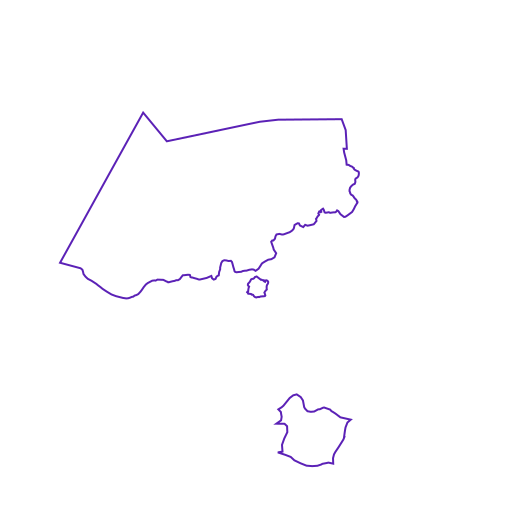 Kota Sibolga, Sumatera Utara, Indonesia, rotated 299°
{"feature_id": "22746128B47009036461165", "entity_name": "Kota Sibolga", "entity_type": "district", "adm_level": 2, "iso_a3": "IDN", "parent_name": "Indonesia", "parent_adm1": "Sumatera Utara", "projection": "mercator", "projection_center": [98.783, 1.731], "detail": "fine", "context": "isolated", "style": "outline", "palette": "violet", "viewbox_px": 512, "rotation_deg": 299, "n_neighbors": 0, "source": "geoboundaries", "source_scale": "gbopen_adm2", "svg_char_len": 4773}
<svg xmlns="http://www.w3.org/2000/svg" viewBox="0 0 512 512"><g transform="rotate(299 256 256)"><path d="M336.0,316.4L341.1,318.7L344.0,318.8L344.7,318.8L346.2,318.7L347.8,318.6L349.0,318.7L350.0,318.7L351.5,318.9L352.0,318.8L352.3,318.1L352.7,318.2L353.9,316.1L354.1,315.0L354.6,313.8L354.7,313.3L355.3,312.6L355.4,312.0L355.8,311.3L355.8,310.8L355.7,309.7L356.0,309.0L356.1,308.8L356.4,308.1L357.2,307.5L358.1,306.3L359.4,305.7L359.6,305.6L360.2,305.5L361.2,305.2L361.9,305.3L362.5,305.3L363.7,305.6L364.8,306.0L366.0,306.5L366.5,307.1L367.1,307.4L369.0,307.0L370.3,306.1L371.0,305.7L372.0,305.6L373.8,306.6L375.0,306.8L375.3,306.8L376.6,306.6L378.2,305.9L378.8,305.5L379.4,304.9L379.5,304.3L379.3,302.7L379.3,300.9L379.4,300.1L379.8,299.3L380.3,299.0L380.2,298.6L380.7,297.1L380.6,295.8L380.4,294.8L380.5,294.2L380.6,292.8L380.0,291.6L379.8,291.0L383.6,288.4L384.1,287.9L384.5,287.5L389.3,282.9L392.3,280.6L393.8,283.5L409.6,273.4L417.2,264.6L405.0,243.0L385.9,209.2L375.3,194.3L367.3,185.0L357.0,173.1L313.1,122.4L326.7,87.8L310.5,87.8L255.8,87.8L190.9,87.9L176.2,87.9L164.2,87.9L155.1,87.9L160.2,108.4L160.1,109.6L159.7,111.0L158.3,112.4L156.6,113.9L155.3,116.8L154.5,119.9L154.6,124.2L154.4,127.0L154.2,129.9L153.8,131.9L153.4,135.0L152.9,137.6L152.7,140.0L152.5,142.7L152.3,148.2L153.0,153.0L154.8,159.9L156.0,163.1L157.0,164.6L158.3,165.9L160.0,167.2L161.0,168.4L162.5,169.0L163.8,170.3L165.6,171.5L168.9,172.3L171.1,172.6L174.5,172.9L177.7,173.5L179.8,174.4L184.1,177.2L185.4,179.0L185.8,180.1L187.6,181.3L189.0,184.1L190.2,186.5L190.3,189.2L190.3,190.2L190.6,191.3L190.4,191.8L190.8,192.5L192.0,193.7L193.5,195.3L194.8,196.9L196.2,198.0L197.0,199.5L198.9,200.6L201.1,200.9L203.6,201.3L204.6,202.8L206.2,205.0L207.1,206.5L207.3,207.5L205.8,208.9L205.9,209.9L206.3,210.6L206.7,212.6L207.4,215.4L207.7,217.3L208.2,218.3L212.9,223.5L215.5,225.5L216.9,226.6L215.2,228.4L214.9,230.5L216.3,231.7L218.8,231.5L219.9,232.0L221.0,232.8L224.2,231.5L227.0,231.1L228.6,230.2L230.9,229.6L233.0,229.0L235.3,229.1L236.9,230.3L237.7,232.1L238.3,234.4L239.6,236.4L239.1,237.9L237.4,239.6L235.4,241.5L233.8,243.2L232.3,244.6L232.0,245.4L232.3,246.8L233.6,248.6L235.0,250.7L236.4,251.7L237.6,253.2L238.6,254.8L240.7,256.8L242.4,259.0L243.0,260.6L242.8,262.8L244.0,263.4L246.1,264.4L248.6,264.6L252.2,264.8L252.8,265.0L255.7,266.6L258.7,268.5L260.7,271.0L263.8,272.8L268.2,272.3L270.2,268.4L271.6,267.1L272.5,266.1L273.1,265.4L275.8,262.4L277.5,262.7L278.0,263.7L280.3,264.2L282.7,263.5L284.8,263.5L286.7,265.8L287.4,268.4L288.3,269.7L291.2,272.2L291.9,272.8L293.1,273.9L295.4,275.1L297.5,275.7L298.9,275.6L300.5,275.1L301.8,274.7L303.2,275.5L304.9,276.6L305.3,277.8L304.0,279.6L304.2,283.3L307.1,283.9L307.5,286.4L309.4,288.6L311.7,291.1L312.9,291.4L313.2,291.4L316.0,291.9L317.0,291.1L317.5,290.5L318.9,290.7L320.5,290.7L322.1,291.2L322.7,291.2L323.4,289.9L325.6,289.7L326.0,290.1L325.7,291.4L326.3,291.7L327.0,290.6L327.6,290.6L328.4,291.0L329.2,291.3L329.9,291.7L329.3,292.8L327.4,294.9L327.6,296.0L329.6,298.5L329.7,299.9L331.6,302.4L332.7,304.2L333.8,304.7L335.2,304.8L335.2,306.2L333.5,309.6L332.8,314.1L333.7,315.2L336.0,316.4ZM152.2,356.1L148.1,354.3L138.4,352.6L136.2,351.8L132.7,349.9L131.6,353.4L130.1,354.5L127.8,356.4L124.4,357.6L119.2,355.1L123.1,362.3L122.2,365.7L117.1,368.8L110.1,369.2L103.4,370.3L97.8,374.0L94.8,370.3L96.3,378.1L97.1,383.8L95.9,388.6L96.3,395.4L97.1,401.8L99.5,407.1L102.3,411.4L105.2,414.1L106.4,414.8L109.3,418.3L110.4,419.5L111.8,424.2L116.5,421.4L120.3,420.4L123.1,420.4L128.8,420.9L137.8,421.4L141.6,420.9L140.6,420.7L146.3,418.5L149.5,417.4L154.7,416.7L158.8,418.2L157.2,412.8L155.8,408.0L156.7,401.8L156.9,398.7L156.9,397.2L157.6,395.3L156.5,389.0L155.8,388.2L152.9,386.1L152.0,384.7L148.2,382.3L146.3,379.5L145.2,376.3L146.3,372.8L147.2,371.4L152.4,367.1L154.3,363.5L154.7,358.7L152.2,356.1ZM229.3,262.9L228.0,262.5L226.7,262.9L226.1,263.9L225.9,264.8L224.6,265.0L222.5,265.7L221.8,266.1L221.2,266.3L220.8,266.0L220.6,265.8L220.0,265.8L219.9,266.3L219.7,267.1L219.3,267.3L219.4,267.9L219.8,268.6L220.2,269.7L220.4,270.4L220.1,270.9L220.4,271.3L220.6,272.3L219.8,273.8L219.6,275.2L219.9,276.4L220.7,277.0L221.0,277.7L221.4,278.0L221.7,278.8L222.3,279.2L223.1,280.0L223.5,280.8L223.9,281.2L224.1,281.7L224.7,282.5L225.2,283.2L226.0,283.3L227.5,281.8L228.0,281.1L229.5,281.1L231.5,281.5L231.9,281.7L233.0,280.9L234.7,280.0L235.5,279.8L236.0,279.7L237.6,279.8L238.5,279.6L239.3,279.2L239.7,278.6L239.9,277.6L239.7,276.7L239.3,276.3L238.6,276.3L238.2,276.5L237.8,276.5L237.8,275.3L238.6,274.6L238.5,274.3L238.0,273.6L238.0,272.9L238.0,272.3L237.6,271.9L237.7,271.3L237.8,270.4L238.4,266.5L237.1,265.3L235.6,265.1L234.7,264.6L234.1,263.7L233.0,263.0L232.2,263.1L230.5,263.1L229.3,262.9Z" fill="none" stroke="#5b21b6" stroke-width="2"/></g></svg>